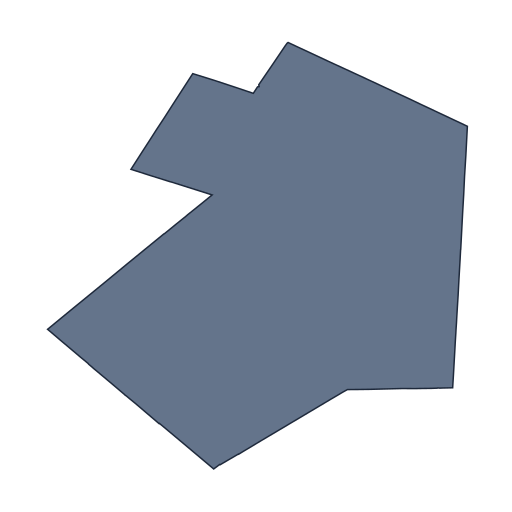 Viziru, Braila, Romania, rotated 183°
{"feature_id": "2599482B41463898366157", "entity_name": "Viziru", "entity_type": "district", "adm_level": 2, "iso_a3": "ROU", "parent_name": "Romania", "parent_adm1": "Braila", "projection": "robinson", "projection_center": [27.708, 45.019], "detail": "fine", "context": "isolated", "style": "filled", "palette": "slate", "viewbox_px": 512, "rotation_deg": 183, "n_neighbors": 0, "source": "geoboundaries", "source_scale": "gbopen_adm2", "svg_char_len": 1595}
<svg xmlns="http://www.w3.org/2000/svg" viewBox="0 0 512 512"><g transform="rotate(183 256 256)"><path d="M235.1,470.9L235.4,470.7L236.0,470.2L237.6,467.8L249.1,448.7L262.2,427.2L261.8,425.3L263.3,425.0L267.2,418.3L287.3,423.9L307.9,429.5L328.7,434.8L338.7,417.4L346.4,404.0L354.6,389.6L362.1,376.8L369.6,363.6L369.8,363.3L374.8,354.6L385.4,336.0L366.0,330.9L345.4,325.6L344.6,325.5L303.0,314.7L313.8,304.9L326.9,293.2L327.1,292.9L337.7,283.4L348.7,273.4L349.1,273.3L384.1,241.5L405.0,222.3L432.3,197.5L437.8,192.5L448.4,182.8L460.3,171.9L459.1,171.0L446.7,161.5L434.8,152.5L426.4,146.1L417.9,139.8L417.6,139.3L415.9,138.0L414.3,136.8L412.2,135.1L410.3,133.7L390.4,118.7L379.8,110.6L379.5,110.2L378.6,109.7L378.2,109.5L374.0,106.3L369.2,102.8L344.0,83.5L343.7,83.8L317.5,64.1L290.1,43.4L288.5,42.2L287.1,41.1L285.9,42.1L283.5,44.1L281.4,45.9L281.0,45.6L274.0,50.2L272.5,51.2L263.2,57.3L263.0,57.1L258.5,60.2L241.3,71.8L195.3,102.5L173.8,116.9L171.8,118.2L165.6,122.3L163.7,123.6L161.7,124.9L157.7,127.4L147.6,128.0L135.3,128.8L103.2,131.3L101.2,131.4L92.4,131.8L90.1,131.9L86.3,132.2L80.1,132.6L73.9,133.0L68.3,133.5L67.8,133.6L67.5,133.8L66.2,133.7L65.6,133.7L65.3,133.7L63.2,133.9L59.2,134.2L52.7,134.7L52.7,136.0L52.6,147.4L52.5,174.3L52.5,179.3L52.4,189.4L52.4,193.1L52.3,199.6L52.3,205.4L52.2,218.1L52.1,227.1L52.1,245.5L52.0,264.0L52.0,273.1L51.9,273.2L51.9,309.5L51.9,309.9L51.8,328.5L51.9,346.7L51.7,367.1L51.7,380.8L51.7,395.5L51.7,396.6L100.4,416.5L109.3,420.2L154.6,438.5L165.8,443.0L193.9,454.2L225.8,467.1L235.1,470.9Z" fill="#64748b" stroke="#1e293b" stroke-width="1.5"/></g></svg>